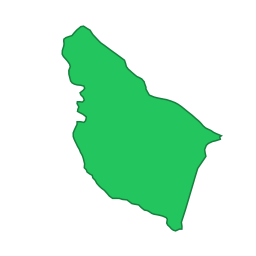 outline of Bacurituba, Maranhão, Brazil, rotated 290°
{"feature_id": "56859067B48113685319098", "entity_name": "Bacurituba", "entity_type": "district", "adm_level": 2, "iso_a3": "BRA", "parent_name": "Brazil", "parent_adm1": "Maranhão", "projection": "equal_earth", "projection_center": [-44.686, -2.691], "detail": "fine", "context": "isolated", "style": "filled", "palette": "green", "viewbox_px": 256, "rotation_deg": 290, "n_neighbors": 0, "source": "geoboundaries", "source_scale": "gbopen_adm2", "svg_char_len": 2081}
<svg xmlns="http://www.w3.org/2000/svg" viewBox="0 0 256 256"><g transform="rotate(290 128 128)"><path d="M116.5,78.0L113.9,78.9L111.4,78.6L107.7,78.3L104.6,78.2L101.2,79.5L99.0,81.3L97.1,83.2L95.5,84.9L93.6,86.8L91.2,89.7L89.0,91.6L86.4,94.6L84.3,96.3L79.5,99.5L75.7,100.5L74.5,103.0L72.6,104.7L71.7,107.8L71.3,110.6L69.2,111.9L67.6,115.1L65.2,117.8L63.4,121.2L62.2,124.2L61.4,127.0L59.7,130.2L57.6,133.9L56.6,137.6L58.1,141.7L58.9,144.1L59.0,147.2L60.1,151.6L59.2,154.6L58.3,157.4L58.6,159.9L59.4,164.3L57.8,167.6L56.5,171.4L57.0,174.4L56.5,177.3L55.9,179.6L55.9,181.9L56.4,184.7L56.8,187.4L57.1,190.6L56.9,194.4L55.8,196.1L51.9,196.9L50.4,198.5L49.4,201.0L48.1,203.3L47.5,205.6L47.6,207.9L50.6,210.9L51.4,213.2L53.9,212.4L57.7,210.4L71.0,209.9L100.3,208.1L102.8,207.9L113.9,207.3L128.0,210.9L130.8,209.1L133.9,207.4L138.5,207.5L141.0,208.8L144.2,212.0L145.9,214.6L149.0,218.6L151.0,217.2L152.6,218.4L152.9,212.4L153.2,209.8L154.0,206.8L154.3,203.2L154.6,200.7L155.8,197.7L157.3,195.1L158.6,192.5L160.1,188.4L161.9,183.9L162.7,181.5L163.9,177.9L166.2,171.3L167.4,166.9L167.9,163.4L168.0,159.3L167.8,154.4L167.3,151.5L166.4,145.8L166.0,141.8L166.2,136.8L168.6,133.9L170.8,131.5L172.5,130.9L175.2,128.6L177.0,127.3L178.8,124.1L179.2,121.4L179.4,118.7L180.4,115.8L181.6,112.6L182.5,110.5L183.4,108.1L185.2,105.4L187.6,103.8L190.5,101.5L191.4,98.4L192.6,94.3L193.5,91.3L194.7,87.0L195.8,83.2L197.6,77.3L198.6,73.5L199.9,70.6L203.7,63.1L205.4,60.8L206.9,59.0L207.6,55.3L208.5,51.4L207.1,49.0L204.6,47.6L203.0,46.6L201.4,45.9L199.0,44.9L195.6,43.7L193.8,41.3L191.7,38.8L189.6,37.4L187.9,37.8L185.3,39.1L183.1,39.6L178.4,39.8L176.8,40.3L174.9,40.9L173.1,42.9L171.6,45.7L170.2,48.2L168.1,51.2L165.9,52.8L161.9,52.7L158.3,54.1L156.7,55.2L152.6,58.0L151.3,60.0L150.9,62.5L151.1,65.4L152.0,68.9L152.3,72.2L150.5,73.7L148.4,73.2L144.7,70.9L143.0,72.4L141.7,75.2L139.3,77.4L136.8,76.4L136.1,73.4L135.3,71.4L133.5,71.8L131.0,74.6L128.5,74.5L126.3,74.9L125.5,81.0L124.2,85.0L122.1,85.5L120.2,85.6L118.2,84.7L117.6,80.9L116.5,78.0Z" fill="#22c55e" stroke="#15803d" stroke-width="1.5"/></g></svg>